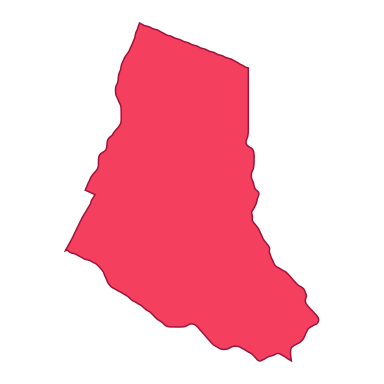 Duvergé, Independencia, Dominican Republic
{"feature_id": "3306468B24836928118485", "entity_name": "Duvergé", "entity_type": "district", "adm_level": 2, "iso_a3": "DOM", "parent_name": "Dominican Republic", "parent_adm1": "Independencia", "projection": "natural_earth1", "projection_center": [-71.582, 18.345], "detail": "fine", "context": "isolated", "style": "filled", "palette": "rose", "viewbox_px": 384, "rotation_deg": 0, "n_neighbors": 0, "source": "geoboundaries", "source_scale": "gbopen_adm2", "svg_char_len": 4661}
<svg xmlns="http://www.w3.org/2000/svg" viewBox="0 0 384 384"><path d="M139.5,23.0L138.6,25.4L137.5,28.9L135.9,32.6L135.5,34.0L135.0,36.9L134.6,38.3L133.0,42.0L132.0,44.7L130.2,48.3L129.4,50.3L128.7,51.6L127.9,52.9L125.7,55.9L124.5,57.8L123.4,60.4L121.7,64.1L121.3,65.5L120.8,68.5L120.5,69.9L119.2,73.0L118.8,74.3L118.5,75.8L118.1,80.3L117.8,81.8L117.4,83.1L116.0,86.2L115.7,87.7L115.5,89.2L115.5,91.5L115.6,93.0L115.8,94.5L116.3,95.9L117.8,98.9L118.8,101.6L120.3,104.6L120.8,106.0L121.0,107.5L121.2,111.6L121.2,119.0L121.1,121.4L120.8,123.0L120.5,123.7L119.8,125.1L119.0,126.4L114.4,131.7L113.5,132.9L112.2,135.2L111.8,135.6L109.5,137.4L108.7,138.4L108.0,139.5L107.7,140.1L107.3,141.5L106.7,147.4L106.3,148.8L105.7,150.0L105.3,150.5L104.4,151.3L103.3,152.0L101.7,152.9L100.7,153.7L99.8,154.6L99.2,155.8L98.9,156.5L98.7,158.0L98.5,159.5L98.4,164.8L98.3,166.3L97.9,167.8L97.2,169.2L96.3,170.5L92.3,175.2L91.4,176.5L90.6,177.8L89.5,180.5L87.7,184.1L86.7,186.8L85.2,190.1L95.0,194.6L91.3,200.7L90.6,203.7L87.2,209.2L86.1,211.2L83.5,215.4L82.4,217.3L78.7,224.7L74.9,232.6L72.7,237.3L68.2,245.6L67.6,246.7L66.4,248.7L65.4,250.7L65.6,250.6L67.4,250.2L69.4,251.9L70.5,252.6L71.8,253.1L74.4,253.7L75.6,254.1L78.9,256.0L81.3,257.2L83.5,258.5L84.6,259.1L85.9,259.5L88.5,260.1L89.8,260.5L90.9,261.0L93.1,262.4L94.9,263.2L96.1,263.9L97.7,265.3L99.7,267.4L101.7,269.7L103.0,271.5L103.7,272.8L104.7,275.5L106.2,278.6L107.2,281.2L107.8,282.5L108.5,283.7L109.3,284.8L111.2,286.7L112.8,287.9L115.2,289.1L118.5,291.1L120.9,292.2L124.2,294.3L126.5,295.5L128.1,296.7L131.1,299.5L132.1,300.3L133.2,301.0L135.0,301.8L138.3,303.9L140.1,304.8L141.2,305.4L142.2,306.3L145.2,309.0L146.2,309.8L149.1,311.5L150.3,312.3L151.8,313.8L155.4,317.5L157.0,319.0L158.1,319.8L160.9,321.5L162.0,322.3L164.9,325.0L166.0,325.8L166.6,326.1L167.2,326.4L168.5,326.7L170.6,326.9L179.1,327.0L182.5,326.9L184.6,326.6L185.9,326.2L188.6,324.7L189.8,324.2L190.4,324.0L191.7,323.9L193.1,324.0L193.7,324.2L194.4,324.4L195.6,325.2L197.2,326.6L209.8,341.0L211.3,342.7L212.9,344.3L214.6,345.6L216.9,346.8L219.1,348.2L220.2,348.8L221.5,349.2L222.9,349.4L224.3,349.4L225.6,349.3L227.0,349.1L228.3,348.7L231.0,347.2L231.6,346.9L232.9,346.5L234.2,346.3L236.3,346.2L237.6,346.4L239.0,346.6L240.2,347.2L242.9,348.8L245.3,350.0L248.0,351.8L250.3,353.0L251.5,353.7L253.1,355.1L256.5,358.9L257.4,359.9L258.5,360.6L259.0,360.8L259.6,361.0L260.2,360.9L260.7,360.8L264.5,359.0L268.3,356.7L269.6,356.3L272.8,355.5L274.0,355.0L276.1,353.8L277.3,353.5L278.0,353.4L278.6,353.5L279.8,353.8L282.5,355.4L284.8,356.6L288.0,358.9L291.4,360.9L290.7,356.2L290.5,352.2L290.6,350.7L290.8,349.3L291.2,348.0L291.5,347.5L292.4,346.6L296.0,344.4L298.3,343.3L299.5,342.7L300.5,341.9L301.5,340.9L302.9,339.4L304.0,337.6L304.6,336.4L305.6,333.7L307.7,329.7L308.4,328.6L309.3,327.9L312.4,326.0L313.5,325.3L315.9,324.3L316.9,323.6L317.8,322.6L318.4,321.4L318.6,320.7L318.6,319.9L318.6,319.2L318.4,318.5L318.2,317.8L317.8,317.2L317.0,316.0L315.2,313.9L308.1,306.4L306.8,304.7L306.0,303.5L305.5,302.2L305.3,300.8L305.4,299.5L306.3,296.7L306.4,295.6L306.1,294.4L304.7,290.7L304.4,290.1L303.7,288.9L302.3,287.6L301.2,286.9L298.8,285.6L297.2,284.3L294.7,281.6L288.3,274.4L286.9,272.9L285.9,272.0L284.8,271.3L282.4,270.1L279.7,268.4L276.8,266.9L275.8,266.1L274.5,264.6L273.9,263.4L272.8,260.7L271.3,257.7L269.5,252.7L269.3,251.6L269.6,249.0L269.6,248.5L269.2,247.2L268.1,245.4L264.7,241.2L263.4,239.3L262.7,238.0L261.9,236.0L260.4,232.9L259.3,230.3L258.6,228.9L257.3,227.0L253.4,222.3L252.7,221.0L252.4,220.4L252.3,219.8L252.3,219.2L252.5,216.6L252.3,215.6L251.7,213.5L251.7,212.3L251.8,211.7L252.3,210.7L253.5,209.0L256.1,203.8L256.6,202.3L257.3,198.8L258.7,195.2L258.9,194.0L258.7,192.7L258.5,192.2L257.8,191.3L256.1,189.9L255.3,189.0L254.7,187.8L254.2,186.5L253.2,182.2L251.9,179.1L251.5,177.8L251.4,177.0L251.3,174.8L251.5,173.3L251.9,172.0L253.2,168.9L253.6,167.4L253.8,165.9L254.0,162.6L254.1,156.8L254.0,154.4L253.7,152.0L253.3,150.6L253.0,150.0L252.2,148.9L251.2,148.0L250.7,147.7L249.1,146.8L248.1,146.1L247.2,145.3L246.5,144.2L246.2,143.6L246.0,142.2L246.0,141.5L246.3,140.2L247.3,137.8L247.7,136.5L248.1,134.1L248.3,131.6L248.3,67.9L246.3,67.4L245.1,66.9L242.4,65.3L240.0,64.1L236.8,62.1L234.4,60.9L231.6,59.3L230.4,58.8L228.5,58.3L225.9,57.6L223.1,56.1L222.0,55.6L218.7,54.8L217.4,54.3L214.7,52.8L213.5,52.3L210.2,51.5L209.0,51.1L205.6,49.3L200.5,47.9L197.2,46.1L192.0,44.7L188.7,42.9L183.5,41.4L180.2,39.7L175.1,38.2L171.7,36.5L170.5,36.0L167.9,35.4L166.6,35.0L163.3,33.1L160.9,31.9L157.6,30.0L156.3,29.6L153.8,29.0L152.5,28.5L149.7,27.1L148.5,26.6L145.2,25.8L144.0,25.4L139.5,23.0Z" fill="#f43f5e" stroke="#9f1239" stroke-width="1.5"/></svg>